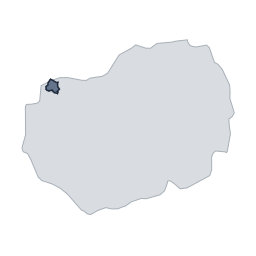 Bogdantsi, Bogdanci, North Macedonia shown in context, rotated 176°
{"feature_id": "65306769B60147523647729", "entity_name": "Bogdantsi", "entity_type": "district", "adm_level": 2, "iso_a3": "MKD", "parent_name": "North Macedonia", "parent_adm1": "Bogdanci", "projection": "albers", "projection_center": [22.598, 41.193], "detail": "fine", "context": "in_parent", "style": "filled", "palette": "slate", "viewbox_px": 256, "rotation_deg": 176, "n_neighbors": 0, "source": "geoboundaries", "source_scale": "gbopen_adm2", "svg_char_len": 1758}
<svg xmlns="http://www.w3.org/2000/svg" viewBox="0 0 256 256"><g transform="rotate(176 128 128)"><path d="M115.2,56.2L119.8,56.8L129.9,54.1L136.2,50.2L139.3,49.6L143.6,48.1L149.7,48.4L155.8,50.1L163.7,47.9L171.4,44.2L174.5,45.2L177.8,48.3L180.0,49.2L192.7,65.9L199.7,72.6L208.0,77.7L217.5,81.5L220.9,85.1L227.0,102.8L229.9,109.5L233.9,111.5L234.9,113.4L235.1,116.0L230.6,128.4L228.9,156.4L227.7,158.6L223.0,158.5L216.6,159.1L214.2,161.3L211.7,176.3L201.5,180.6L192.2,183.0L184.4,182.4L170.6,178.8L166.2,178.4L162.3,180.4L150.0,181.4L144.6,184.0L131.8,201.5L118.9,207.4L114.5,210.4L104.7,206.4L100.0,206.0L93.2,210.3L78.3,210.6L74.2,211.3L62.7,211.8L62.3,209.3L60.2,205.8L54.9,204.0L43.9,205.2L41.3,202.5L37.2,187.5L33.7,185.1L29.9,180.0L23.6,163.6L23.7,156.5L24.3,150.3L20.9,135.7L23.3,132.1L26.7,129.9L26.9,124.0L26.2,115.1L30.6,97.8L31.7,96.5L32.7,97.4L42.4,99.0L44.9,96.8L46.6,93.4L47.4,80.7L49.8,74.8L73.4,64.1L80.3,63.8L85.5,69.0L89.6,72.4L92.1,72.3L93.1,69.0L96.0,62.7L100.8,59.1L115.1,56.1L115.2,56.2Z" fill="#d9dde1" stroke="#a8b0b8" stroke-width="1"/><path d="M199.0,168.3L198.3,168.5L197.6,167.9L196.2,167.6L196.0,167.3L195.3,168.5L195.6,169.2L196.0,169.5L195.0,170.1L194.3,171.1L193.7,171.5L193.9,172.0L194.9,173.5L195.3,175.0L195.1,176.1L195.2,176.9L194.6,178.5L196.3,178.4L199.9,181.0L201.5,181.7L201.7,182.1L202.2,181.7L202.7,181.3L203.2,180.3L203.5,180.0L203.6,179.9L204.3,179.1L204.6,178.4L204.7,178.2L204.8,177.7L204.8,177.0L205.0,176.4L205.2,176.1L205.4,176.0L206.1,175.7L206.5,175.5L207.1,174.8L206.9,174.0L207.1,172.6L207.1,172.3L206.7,172.2L206.5,171.5L204.3,170.3L204.1,170.8L202.2,170.7L201.9,171.0L201.3,170.8L201.1,171.1L200.2,169.9L200.3,169.5L199.3,168.9L199.0,168.3Z" fill="#64748b" stroke="#1e293b" stroke-width="1.5"/></g></svg>